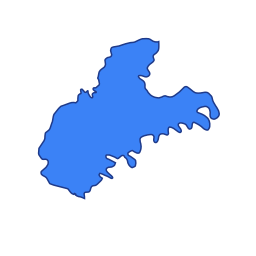 outline of Kinh Mon, Hải Dương, Vietnam, rotated 303°
{"feature_id": "81297802B98282177960136", "entity_name": "Kinh Mon", "entity_type": "district", "adm_level": 2, "iso_a3": "VNM", "parent_name": "Vietnam", "parent_adm1": "Hải Dương", "projection": "robinson", "projection_center": [106.519, 21.0], "detail": "fine", "context": "isolated", "style": "filled", "palette": "blue", "viewbox_px": 256, "rotation_deg": 303, "n_neighbors": 0, "source": "geoboundaries", "source_scale": "gbopen_adm2", "svg_char_len": 5876}
<svg xmlns="http://www.w3.org/2000/svg" viewBox="0 0 256 256"><g transform="rotate(303 128 128)"><path d="M199.9,181.1L200.2,180.4L201.0,176.8L201.0,175.6L200.9,175.1L200.6,174.3L199.8,173.0L196.8,169.7L195.4,167.8L194.6,166.2L194.2,165.1L194.1,162.8L194.6,158.2L194.7,155.6L194.6,154.7L194.3,154.1L193.7,153.4L192.7,152.9L186.3,151.5L180.3,149.3L178.3,148.1L177.1,146.7L176.6,145.9L175.7,143.6L175.5,142.5L175.2,141.6L174.0,140.4L172.3,139.4L170.9,138.2L170.3,137.8L169.7,136.9L168.7,134.6L168.3,133.5L167.9,131.2L167.9,128.9L168.7,125.7L169.8,123.5L170.4,121.3L170.6,120.9L171.4,120.0L173.4,118.8L174.0,118.3L174.9,117.4L175.5,116.3L175.8,115.2L175.9,113.9L175.9,110.8L176.5,109.2L177.0,108.6L177.8,108.6L178.1,108.8L178.9,110.0L179.4,111.1L180.2,114.2L180.7,115.3L181.1,115.8L181.7,116.3L182.3,116.7L183.2,117.0L184.3,117.1L185.3,116.8L186.0,116.1L186.3,115.8L187.9,112.4L188.7,111.5L189.7,111.3L190.8,111.2L193.0,111.5L196.6,112.8L197.6,113.0L198.8,113.0L199.4,112.7L201.2,110.5L202.1,109.9L202.9,109.8L203.5,109.8L205.8,110.7L206.6,110.9L208.3,111.1L209.5,111.1L210.9,110.7L212.6,109.8L215.1,108.2L217.2,106.7L216.4,106.1L215.2,104.2L214.9,103.5L214.4,101.6L214.4,98.2L214.1,96.8L212.9,94.6L210.6,91.4L209.4,90.4L207.8,89.3L203.7,86.8L202.7,85.8L200.9,83.5L197.4,80.2L194.7,78.0L191.9,75.8L187.9,71.5L186.8,70.7L186.2,70.5L185.6,70.5L183.7,71.1L182.7,72.0L180.8,74.2L180.4,74.5L179.5,74.8L178.2,74.6L177.0,73.6L175.8,72.4L174.5,71.9L173.5,71.6L172.4,71.7L169.1,74.5L167.3,75.0L166.3,75.0L165.6,74.8L162.7,73.7L161.2,73.3L159.3,73.3L157.6,73.9L155.0,75.0L153.5,75.4L153.1,75.8L152.9,76.4L152.4,77.2L149.6,79.9L148.9,80.2L148.3,80.3L144.4,79.2L144.1,79.0L143.5,78.1L142.8,77.3L142.1,77.3L141.6,77.6L141.2,78.1L141.1,78.5L141.0,80.1L141.1,81.1L141.0,81.5L140.8,81.8L140.4,81.9L140.1,81.6L139.5,80.6L138.5,79.9L137.4,79.6L136.8,79.7L136.5,79.9L135.1,81.3L134.8,81.5L134.2,81.6L133.8,81.4L133.6,81.0L133.5,80.6L133.5,80.0L133.7,79.1L135.2,76.1L135.9,75.3L137.2,74.3L137.3,74.0L137.1,73.8L136.8,73.7L135.3,73.4L134.8,73.0L134.6,72.7L134.5,71.9L134.9,70.9L135.4,68.9L135.5,68.3L135.0,67.6L134.6,67.5L134.2,67.5L133.3,68.2L131.8,69.6L131.5,69.6L131.0,69.6L130.7,69.3L130.1,69.0L128.9,68.6L128.3,68.6L127.8,68.7L125.6,69.8L123.6,71.1L122.1,70.9L120.7,70.5L119.9,68.7L118.7,67.0L117.3,65.7L109.9,60.1L109.3,59.8L106.6,59.2L99.4,58.5L98.6,58.6L97.2,59.0L92.0,61.2L90.7,61.4L85.8,62.7L84.6,62.9L83.1,62.8L79.5,61.6L78.7,61.5L76.3,62.6L73.9,64.0L71.8,64.5L62.5,64.4L58.4,66.6L57.7,67.1L56.9,68.1L56.3,69.6L55.6,71.2L55.2,72.6L55.2,73.3L55.8,74.4L56.6,75.4L57.0,76.1L57.3,77.1L57.2,78.0L57.0,78.5L56.6,79.1L56.2,79.5L55.4,80.0L54.2,80.6L53.5,80.7L50.8,80.7L50.0,80.6L45.2,79.2L44.3,79.0L43.8,79.1L43.2,79.4L42.6,79.9L42.0,80.7L41.8,82.3L42.0,85.2L41.9,86.4L41.5,87.5L38.9,92.4L38.8,93.0L39.7,96.9L44.1,110.0L44.2,110.9L44.0,111.6L43.4,113.1L42.7,115.2L42.5,116.5L42.7,118.4L42.9,118.8L43.9,118.7L44.0,118.8L44.0,120.1L43.6,120.1L43.3,120.5L43.2,120.8L43.4,121.5L43.2,121.9L43.3,122.5L43.7,124.3L44.2,125.1L44.8,127.5L45.2,129.9L46.7,128.9L48.9,127.0L49.4,126.9L50.2,126.8L51.0,127.4L52.7,129.6L53.2,130.0L53.7,130.2L54.4,130.3L55.2,130.2L57.4,129.5L58.1,129.4L59.2,129.4L60.3,129.9L61.9,131.7L62.5,132.2L63.2,132.5L64.4,132.9L68.7,133.9L70.3,134.1L71.9,133.8L71.9,131.3L72.4,130.2L72.8,129.4L73.3,129.1L74.6,129.1L75.0,130.0L75.5,132.2L75.6,133.5L76.3,137.3L76.6,141.0L76.8,141.7L77.1,142.1L77.8,142.3L78.2,142.0L78.5,141.5L78.9,140.2L79.2,137.7L79.7,135.0L80.2,133.5L80.9,132.6L81.4,132.3L81.8,132.1L82.9,132.2L83.6,132.5L84.4,133.0L86.2,135.3L87.1,136.0L88.3,136.6L89.1,136.9L89.9,136.9L92.0,136.4L91.3,128.9L90.9,127.3L91.0,126.3L91.5,125.5L92.2,124.9L92.9,124.6L93.1,124.5L93.7,124.8L94.2,125.5L95.3,127.3L96.4,132.7L96.5,135.2L96.6,135.8L96.8,136.1L97.4,136.5L101.0,137.6L101.7,138.0L102.3,138.8L102.5,139.5L102.4,140.0L101.7,141.3L101.6,142.7L101.1,144.2L100.3,145.3L98.6,147.0L97.5,148.9L97.0,150.6L96.9,151.3L96.9,152.5L97.1,153.1L99.0,154.4L99.7,154.7L100.2,154.8L102.8,153.7L104.8,152.1L105.1,151.5L105.3,150.2L105.5,145.6L105.3,143.3L105.4,142.9L106.1,142.1L106.8,141.6L107.5,141.7L109.0,142.2L110.4,143.0L111.4,143.8L111.5,144.4L111.5,146.4L111.8,148.8L112.0,149.4L112.6,150.4L113.1,150.8L113.4,151.0L114.4,151.0L116.6,150.5L118.1,149.9L119.7,149.0L121.7,147.3L123.0,145.8L124.9,144.3L125.6,144.0L127.0,143.9L128.7,144.7L130.2,145.7L132.9,148.2L134.7,150.3L135.4,151.4L135.6,152.2L135.6,152.9L135.3,153.9L134.7,154.7L132.3,155.9L131.5,156.5L131.0,157.1L130.7,157.7L130.6,158.3L130.8,159.0L131.3,159.6L132.2,159.9L133.3,159.9L135.0,159.5L137.8,158.3L139.7,158.2L140.3,158.4L141.1,159.0L142.2,160.4L142.6,161.4L143.3,164.4L143.5,164.7L144.3,165.1L145.3,165.0L147.8,163.0L149.2,162.2L150.4,161.9L151.1,162.1L151.5,162.4L152.2,164.1L152.5,166.5L152.2,172.0L152.3,173.2L152.5,173.9L152.8,174.3L153.2,174.5L154.0,174.5L154.5,174.3L155.3,173.5L155.9,172.5L157.1,169.4L157.9,168.5L158.7,168.1L159.1,168.1L160.1,168.5L160.7,169.0L161.6,170.6L162.2,172.6L162.4,173.8L162.4,174.6L162.2,175.3L160.6,178.8L160.5,179.6L160.6,180.2L161.5,181.0L162.3,181.3L163.6,181.1L166.2,179.8L166.9,179.6L167.8,179.6L168.3,179.7L168.6,180.0L168.8,180.4L169.2,184.0L169.3,186.3L169.2,188.6L168.7,191.7L168.7,192.9L169.0,194.7L169.6,195.8L170.2,196.2L171.8,196.2L173.0,196.0L173.6,195.8L176.2,194.2L178.1,192.3L179.2,190.5L179.5,189.7L179.8,188.4L180.1,185.4L179.9,182.6L179.0,178.2L179.0,177.7L179.2,177.2L179.5,176.7L180.0,176.4L181.6,176.3L182.6,176.5L184.1,177.2L185.5,178.2L186.8,179.5L188.0,180.7L188.7,181.9L188.9,183.3L188.8,184.5L188.6,185.3L188.1,186.1L187.1,187.3L185.9,188.4L184.0,189.5L182.5,190.6L181.8,191.7L181.6,192.3L181.5,192.9L181.7,193.8L182.0,194.8L182.5,195.6L183.4,196.3L185.2,197.2L187.1,197.5L188.5,197.3L189.5,196.8L190.0,196.4L191.7,194.6L193.6,191.1L194.1,189.8L196.1,185.8L197.2,184.1L199.3,181.9L199.9,181.1Z" fill="#3b82f6" stroke="#1e3a8a" stroke-width="1.5"/></g></svg>